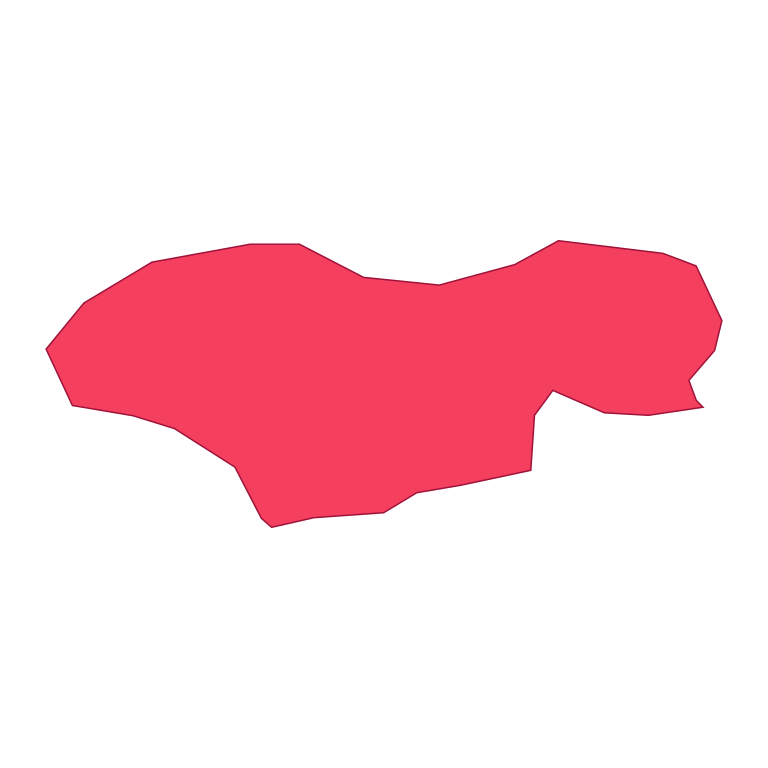 the district of Båstad, Skåne, Sweden
{"feature_id": "70781695B81213219414601", "entity_name": "Båstad", "entity_type": "district", "adm_level": 2, "iso_a3": "SWE", "parent_name": "Sweden", "parent_adm1": "Skåne", "projection": "equal_earth", "projection_center": [12.848, 56.404], "detail": "fine", "context": "isolated", "style": "filled", "palette": "rose", "viewbox_px": 768, "rotation_deg": 0, "n_neighbors": 0, "source": "geoboundaries", "source_scale": "gbopen_adm2", "svg_char_len": 513}
<svg xmlns="http://www.w3.org/2000/svg" viewBox="0 0 768 768"><path d="M703.0,407.2L696.3,400.4L688.9,380.4L714.6,350.5L721.9,320.6L696.1,265.9L663.0,253.4L558.5,240.7L514.7,264.6L439.1,285.1L363.6,277.4L299.4,244.2L250.2,244.2L152.0,262.1L83.9,303.0L46.1,349.1L72.4,405.5L132.9,415.7L174.5,428.6L234.9,467.1L261.4,518.4L271.6,527.3L313.7,517.7L383.7,512.7L416.8,492.7L460.9,485.2L530.8,470.3L534.5,415.3L552.8,390.4L604.3,412.8L648.5,415.3L703.0,407.2Z" fill="#f43f5e" stroke="#9f1239" stroke-width="1.5"/></svg>